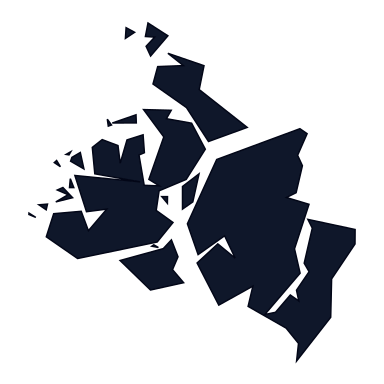 the district of Tromsø nor, Troms, Norway
{"feature_id": "86288312B12055584821312", "entity_name": "Tromsø nor", "entity_type": "district", "adm_level": 2, "iso_a3": "NOR", "parent_name": "Norway", "parent_adm1": "Troms", "projection": "orthographic", "projection_center": [18.78, 69.672], "detail": "medium", "context": "isolated", "style": "filled", "palette": "ink", "viewbox_px": 384, "rotation_deg": 0, "n_neighbors": 0, "source": "geoboundaries", "source_scale": "gbopen_adm2", "svg_char_len": 1891}
<svg xmlns="http://www.w3.org/2000/svg" viewBox="0 0 384 384"><path d="M355.1,229.5L307.9,219.4L312.3,228.1L304.2,263.2L309.1,271.7L296.5,290.2L298.8,301.0L290.3,295.0L275.5,312.3L264.8,314.5L300.1,273.2L294.5,248.8L309.0,204.3L286.4,197.5L296.1,192.7L302.4,165.7L297.6,155.3L307.1,133.7L299.9,128.7L216.7,159.5L187.4,223.8L198.1,254.6L224.6,235.8L235.3,258.3L217.8,243.9L197.1,263.0L218.8,305.1L252.9,286.1L248.1,306.4L286.1,328.1L298.5,343.4L296.6,361.0L330.7,317.3L331.6,278.9L355.0,244.0L355.1,229.5ZM171.2,110.3L143.6,109.6L163.8,136.9L148.9,179.4L159.4,185.9L144.2,185.3L139.0,155.0L144.4,152.7L143.1,134.8L127.0,139.9L120.2,163.3L118.0,145.6L102.2,139.6L92.3,147.4L94.8,173.8L140.2,181.9L74.9,175.5L86.5,211.7L106.8,209.1L88.4,230.7L81.2,211.3L53.7,213.7L46.3,236.8L77.6,258.5L157.2,242.0L173.0,222.5L156.2,210.4L159.1,190.8L186.2,179.4L205.3,149.2L191.6,123.2L166.4,118.7L171.2,110.3ZM167.9,53.3L183.4,65.6L157.7,66.6L153.0,84.0L186.5,107.6L208.5,141.5L247.2,127.4L199.2,89.6L204.0,65.7L167.9,53.3ZM183.6,282.7L172.5,269.6L178.0,256.8L171.4,239.9L163.3,248.6L120.1,260.5L150.5,290.0L183.6,282.7ZM148.0,23.0L145.4,36.5L154.7,37.1L146.1,46.3L150.6,56.0L167.9,35.8L148.0,23.0ZM199.0,173.9L182.5,186.5L182.5,209.1L192.8,201.9L199.0,173.9ZM136.0,114.8L112.3,123.0L136.3,122.9L136.0,114.8ZM62.9,187.5L57.3,190.0L68.1,194.7L55.8,201.9L72.6,197.7L62.9,187.5ZM80.3,152.5L71.9,157.4L70.6,161.2L83.9,168.9L80.3,152.5ZM134.6,32.3L126.1,27.7L125.4,38.4L134.6,32.3ZM167.4,203.3L167.5,196.6L161.8,196.6L167.4,203.3ZM70.3,178.7L69.5,187.6L73.8,187.6L70.3,178.7ZM60.4,166.7L56.6,160.5L54.3,162.6L60.4,166.7ZM47.5,204.1L38.9,204.8L46.2,209.8L47.5,204.1ZM70.8,151.7L66.1,154.4L69.0,154.9L70.8,151.7ZM158.4,247.5L153.8,244.8L151.8,246.2L158.4,247.5ZM35.8,217.4L29.0,213.1L28.9,214.5L35.8,217.4ZM111.5,125.0L107.3,119.2L108.3,126.1L111.5,125.0Z" fill="#0f172a" stroke="#020617" stroke-width="1.5"/></svg>